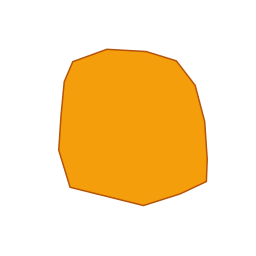 the border of Derby, rotated 331°
{"feature_id": "GBR-2058", "entity_name": "Derby", "entity_type": "Unitary Authority", "adm_level": 1, "iso_a3": "GBR", "parent_name": "United Kingdom", "parent_adm1": "", "projection": "mercator", "projection_center": [-1.464, 52.89], "detail": "fine", "context": "isolated", "style": "filled", "palette": "amber", "viewbox_px": 256, "rotation_deg": 331, "n_neighbors": 0, "source": "natural_earth", "source_scale": "10m", "svg_char_len": 340}
<svg xmlns="http://www.w3.org/2000/svg" viewBox="0 0 256 256"><g transform="rotate(331 128 128)"><path d="M111.9,43.2L147.6,48.9L180.9,69.9L202.8,92.7L207.4,123.3L198.2,159.5L182.1,193.8L170.6,212.8L141.8,210.9L103.9,203.3L48.6,151.8L56.7,113.8L75.1,85.2L94.7,56.6L111.9,43.2Z" fill="#f59e0b" stroke="#b45309" stroke-width="1.5"/></g></svg>